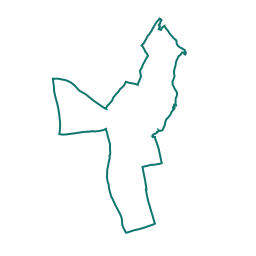 outline of Manokwari Selatan, Papua Barat, Indonesia, rotated 351°
{"feature_id": "22746128B90822416479405", "entity_name": "Manokwari Selatan", "entity_type": "district", "adm_level": 2, "iso_a3": "IDN", "parent_name": "Indonesia", "parent_adm1": "Papua Barat", "projection": "robinson", "projection_center": [134.051, -1.607], "detail": "fine", "context": "isolated", "style": "outline", "palette": "teal", "viewbox_px": 256, "rotation_deg": 351, "n_neighbors": 0, "source": "geoboundaries", "source_scale": "gbopen_adm2", "svg_char_len": 5357}
<svg xmlns="http://www.w3.org/2000/svg" viewBox="0 0 256 256"><g transform="rotate(351 128 128)"><path d="M177.9,26.8L177.8,26.7L177.7,26.2L177.1,25.5L176.6,25.3L176.2,24.9L175.6,25.8L174.9,26.3L174.3,26.7L173.4,27.3L172.4,28.2L171.3,29.5L170.2,30.9L169.5,31.8L169.0,32.4L168.0,33.4L167.4,34.5L166.4,35.8L164.5,37.8L164.0,38.4L163.9,38.5L163.6,38.8L163.0,39.4L162.9,39.4L162.0,40.0L160.0,42.7L159.6,43.3L158.2,44.9L157.4,46.1L156.7,46.9L155.2,47.8L154.7,48.7L154.5,48.8L155.2,49.7L155.5,50.7L155.8,51.3L156.0,51.9L156.5,53.0L156.9,55.0L157.5,56.3L158.4,57.6L158.7,58.9L159.0,59.8L158.8,60.0L158.7,60.1L158.3,60.7L157.6,61.4L156.7,62.5L156.1,63.2L155.7,63.7L154.7,65.2L152.9,67.3L151.5,69.9L150.7,71.1L149.9,71.9L149.0,73.0L148.9,73.2L148.8,73.5L148.8,77.0L148.9,78.1L148.9,79.0L148.7,79.3L148.8,79.4L145.7,84.4L144.3,86.7L144.3,86.8L142.5,85.8L140.8,85.1L138.3,84.3L136.3,83.6L134.4,82.6L133.2,82.0L132.7,82.8L132.1,83.3L131.7,84.1L131.3,84.6L130.5,85.6L128.7,86.9L127.7,87.5L126.9,87.9L125.9,88.7L124.7,90.3L122.9,91.7L121.5,92.7L121.0,93.2L119.8,94.3L118.2,95.6L117.6,96.8L117.1,97.6L116.6,98.3L115.2,99.7L114.9,99.9L114.0,100.6L112.7,101.7L111.6,102.4L110.1,103.9L109.3,104.9L108.8,105.1L109.0,105.4L108.3,105.1L99.3,96.6L98.1,95.4L92.9,89.6L91.5,88.1L87.7,85.0L85.7,83.5L82.2,78.0L78.6,74.0L75.3,71.8L74.2,71.1L70.6,69.8L66.5,68.3L62.9,67.8L61.5,67.6L61.3,72.9L61.3,74.8L61.3,75.4L61.0,78.6L60.8,79.1L61.0,84.2L61.3,87.4L61.6,89.9L61.7,91.1L61.8,91.4L62.1,95.9L62.1,96.2L62.2,96.8L62.2,99.6L62.2,102.1L62.2,104.0L62.1,104.9L61.8,112.0L61.3,115.1L60.9,116.9L60.7,117.8L60.1,120.4L59.5,122.7L59.2,123.2L60.4,123.7L62.3,124.3L66.1,124.7L67.7,124.7L74.1,124.9L75.5,124.9L76.1,124.9L79.7,125.0L82.7,124.9L90.5,125.6L91.3,125.6L92.7,125.6L94.7,126.3L96.1,126.3L96.9,126.4L98.2,126.4L100.8,126.4L101.7,126.3L103.6,126.2L106.1,125.4L106.1,126.8L106.5,129.0L106.8,133.4L107.2,136.9L107.6,140.4L107.6,141.9L107.0,145.1L106.8,146.4L106.8,147.3L106.7,149.0L106.1,151.8L105.2,152.6L105.3,154.8L103.8,158.2L103.5,159.1L102.2,162.9L101.0,165.8L100.4,169.0L100.2,170.5L99.7,172.4L99.5,174.5L99.5,177.6L99.7,178.9L100.1,180.6L99.8,183.2L99.9,185.2L99.9,185.9L100.1,187.9L100.2,189.1L100.5,191.2L100.6,192.5L100.7,193.2L101.7,195.6L102.0,197.0L102.2,197.8L102.8,199.7L103.5,202.4L104.5,205.3L105.6,208.4L106.5,211.0L107.3,214.0L107.7,216.8L107.7,217.4L107.5,219.4L107.3,221.4L107.3,223.5L108.0,226.4L108.8,228.7L109.6,231.1L111.9,231.0L115.1,230.4L118.1,229.9L122.2,229.7L124.9,229.4L125.6,229.3L128.8,228.9L133.5,228.0L135.8,227.6L137.2,227.4L139.6,226.7L136.5,203.2L136.4,201.0L136.1,197.2L136.1,191.3L136.7,191.3L136.7,182.1L136.5,178.1L136.2,168.8L136.6,168.7L138.1,168.6L142.4,168.3L145.3,168.0L147.6,168.3L149.7,168.4L151.0,168.3L154.0,168.3L155.8,168.0L155.0,152.7L153.1,142.0L153.2,141.7L153.2,141.4L153.2,141.0L152.5,140.9L151.9,140.6L151.5,140.6L151.0,140.8L150.7,140.2L150.8,140.1L150.9,139.4L151.3,138.9L152.0,138.4L152.6,138.2L153.6,137.9L154.3,137.8L154.8,137.7L155.2,137.6L155.8,137.1L156.1,136.4L156.6,136.3L157.4,136.2L157.6,135.6L157.7,134.9L158.1,135.5L158.7,135.7L159.2,135.8L160.3,135.8L161.1,135.8L161.6,135.5L162.0,135.2L162.5,134.5L163.4,133.0L163.8,132.5L164.1,132.0L164.5,131.3L164.9,130.4L165.2,129.6L165.4,128.9L165.8,128.0L166.3,127.0L166.6,126.3L167.2,125.6L167.6,125.1L168.0,124.8L168.5,124.6L169.1,124.0L169.5,123.7L170.2,123.1L170.6,122.7L171.4,122.1L171.8,121.7L172.4,120.9L172.7,120.3L173.1,119.7L173.5,119.1L174.2,118.3L174.7,117.9L175.4,117.4L175.7,116.8L175.7,115.9L175.7,115.3L176.2,115.8L176.7,116.2L177.0,115.8L177.2,115.2L176.9,114.8L176.8,114.3L176.8,114.2L176.9,113.4L177.0,112.8L177.2,112.2L177.6,112.3L178.0,112.8L178.4,113.3L179.1,113.3L179.1,112.8L178.8,112.4L178.4,112.2L178.5,111.6L178.8,111.1L179.0,110.4L179.1,109.9L179.2,109.3L179.2,109.1L179.2,108.7L179.3,108.2L179.4,107.5L179.5,106.9L180.0,105.8L180.2,105.4L180.7,104.8L181.0,104.3L181.3,103.7L181.7,102.4L181.8,101.8L181.8,101.3L181.8,100.2L181.5,99.3L180.8,98.0L180.5,97.2L180.2,96.5L180.2,96.4L179.8,95.0L179.6,94.2L179.4,93.5L178.9,92.5L178.9,91.8L179.1,90.7L179.0,89.9L179.2,89.2L179.4,88.8L179.4,88.7L179.9,88.0L180.3,87.4L180.7,86.6L181.1,86.0L181.4,85.5L181.8,84.8L182.0,84.0L182.0,83.8L182.1,83.3L182.0,82.6L182.0,81.8L182.1,81.1L182.1,80.5L182.3,79.5L182.4,78.9L182.7,78.1L183.1,77.2L183.5,76.2L183.9,75.4L184.3,74.7L184.6,73.9L184.9,72.9L185.4,71.3L185.5,70.9L185.7,70.5L186.7,68.7L187.3,67.9L187.8,67.1L188.3,66.2L188.9,65.6L189.5,64.8L190.2,64.6L190.9,64.2L191.6,63.7L192.1,63.2L192.6,62.7L193.4,61.8L194.5,62.0L195.0,62.7L195.2,63.4L195.5,64.1L196.1,64.4L196.7,63.5L196.8,62.8L196.8,62.3L196.5,61.0L196.2,60.0L195.9,59.6L195.5,59.3L194.1,58.2L193.3,57.4L192.2,56.7L191.6,56.2L190.1,54.5L190.0,54.0L189.5,53.1L189.3,51.7L189.3,50.9L189.5,49.7L189.4,49.2L189.1,48.6L188.7,48.4L188.4,47.9L187.7,47.1L186.9,46.2L186.5,45.4L186.1,44.6L185.7,44.0L185.3,43.4L184.7,42.7L184.0,41.4L183.6,40.4L183.4,39.8L182.5,37.9L181.0,35.5L180.6,34.7L180.2,33.7L180.1,33.0L180.1,32.9L178.9,33.4L177.9,33.9L177.2,34.3L176.6,35.0L176.3,35.5L176.1,36.2L175.4,36.0L175.2,35.8L174.0,35.2L173.9,35.2L174.3,34.3L174.8,33.6L175.6,32.5L175.4,32.3L175.0,32.0L174.8,31.8L174.6,31.4L174.5,31.2L175.0,30.6L175.2,30.3L175.6,30.0L175.9,30.0L176.2,29.6L176.3,29.2L176.4,28.7L176.6,28.3L177.0,27.7L177.3,27.5L177.7,27.1L177.9,26.8Z" fill="none" stroke="#0f766e" stroke-width="2"/></g></svg>